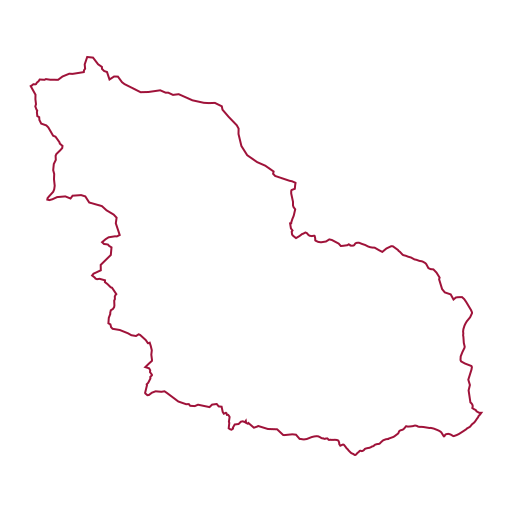 outline of Almasu Mare, Alba, Romania
{"feature_id": "2599482B35416338198834", "entity_name": "Almasu Mare", "entity_type": "district", "adm_level": 2, "iso_a3": "ROU", "parent_name": "Romania", "parent_adm1": "Alba", "projection": "equal_earth", "projection_center": [23.16, 46.088], "detail": "fine", "context": "isolated", "style": "outline", "palette": "rose", "viewbox_px": 512, "rotation_deg": 0, "n_neighbors": 0, "source": "geoboundaries", "source_scale": "gbopen_adm2", "svg_char_len": 6016}
<svg xmlns="http://www.w3.org/2000/svg" viewBox="0 0 512 512"><path d="M140.6,92.2L124.5,84.1L122.0,82.2L117.9,76.6L114.1,76.5L109.5,79.5L107.0,72.0L104.1,71.0L102.0,68.9L101.9,66.9L98.1,64.3L93.0,57.6L87.2,57.0L84.7,64.4L85.1,68.7L84.0,70.3L83.8,72.1L72.5,73.9L69.3,73.7L62.5,76.5L58.1,79.8L50.0,79.7L45.9,79.1L44.5,79.8L39.7,79.5L38.5,81.3L36.9,82.6L36.0,84.1L35.1,84.4L33.4,84.2L31.9,85.4L30.7,86.1L35.5,94.7L35.4,99.2L36.0,104.2L35.3,106.4L36.5,109.6L37.2,110.5L36.9,112.2L37.3,116.1L39.2,117.2L39.4,120.0L41.2,123.6L46.3,125.4L48.3,127.4L53.1,135.7L55.5,136.7L59.5,142.3L59.8,143.6L62.5,145.9L62.2,148.1L60.2,150.3L56.4,154.0L55.6,155.8L55.8,159.9L53.8,164.0L53.2,170.2L54.2,174.0L54.0,179.3L54.7,185.8L54.2,189.3L53.2,191.8L49.1,196.3L47.6,198.1L47.3,199.6L49.4,200.1L52.3,199.3L57.1,197.1L65.3,196.4L70.5,198.5L72.6,195.7L81.1,195.1L85.3,196.4L89.2,202.5L101.9,206.1L106.5,210.3L113.7,214.6L116.6,217.7L115.8,223.3L119.7,235.0L116.9,236.4L115.0,236.3L108.6,237.3L105.6,239.2L102.1,242.2L104.0,244.0L106.6,244.3L108.0,244.6L109.1,245.9L111.5,247.4L110.8,255.0L100.7,264.9L100.8,270.3L93.5,273.7L92.1,275.5L94.8,277.6L95.5,278.6L97.1,279.2L99.5,278.8L105.0,280.3L104.9,282.1L107.5,284.1L110.7,287.3L112.0,287.7L116.3,294.1L115.7,294.7L114.8,296.4L114.9,299.1L114.2,300.6L114.4,305.5L114.1,307.2L112.9,309.0L110.8,310.3L110.2,312.9L110.3,313.9L108.8,317.8L108.4,323.3L110.4,324.4L111.1,327.2L112.6,328.8L119.8,330.0L128.0,333.3L131.3,335.2L136.0,336.0L138.7,334.3L140.2,335.0L145.8,340.1L147.9,343.2L148.6,343.2L149.7,342.7L150.8,346.1L151.8,350.3L151.3,354.7L152.0,360.0L151.9,360.9L149.0,363.5L145.3,367.1L149.1,368.3L150.2,370.3L150.0,372.1L151.9,374.7L151.9,375.3L150.3,376.9L150.4,378.5L148.2,382.8L146.7,384.3L147.0,385.1L145.1,392.9L145.4,393.5L147.4,395.2L148.9,395.0L151.9,392.7L155.6,391.3L161.4,391.8L164.5,391.3L167.0,393.0L178.3,401.5L186.1,404.2L188.8,404.1L190.2,405.8L194.8,406.1L198.0,404.7L209.5,407.1L212.1,404.6L216.7,404.0L218.7,406.4L221.6,406.7L222.7,411.9L223.8,413.7L225.9,412.8L226.5,413.3L226.9,414.9L228.2,414.9L228.9,415.8L229.6,417.0L228.9,421.8L229.3,422.9L228.7,428.3L230.2,429.3L231.5,429.7L233.0,428.6L232.9,427.7L234.7,424.5L238.6,424.0L240.9,421.7L242.8,421.3L244.9,422.2L245.8,420.9L246.1,422.9L247.8,423.7L248.4,423.0L253.9,427.7L257.4,426.5L258.2,426.0L267.9,429.0L277.1,429.3L283.2,435.0L284.3,435.1L292.4,434.3L296.0,434.7L299.6,438.9L300.9,439.0L303.2,439.4L304.2,439.4L306.8,439.0L311.6,437.1L313.6,436.6L314.6,436.4L316.5,436.2L318.1,436.3L319.7,437.0L321.5,438.1L322.5,438.4L323.1,438.3L324.2,438.8L324.9,438.9L325.4,438.6L327.3,438.4L327.8,438.8L328.6,439.8L329.7,439.9L330.3,439.7L331.0,439.9L332.6,439.9L334.9,439.8L336.2,439.9L337.6,440.2L338.3,440.6L338.6,441.2L339.1,442.4L339.3,444.2L340.3,445.7L341.2,445.3L342.7,444.6L343.5,444.6L344.0,444.9L345.6,446.9L346.6,448.3L347.8,449.4L348.5,450.4L351.0,452.9L352.5,453.7L353.4,454.0L354.5,454.9L355.0,455.0L355.5,454.9L356.1,454.5L357.5,452.9L358.6,452.1L359.7,450.9L360.3,450.7L361.6,451.1L362.3,451.0L362.8,450.8L363.8,450.2L364.9,448.9L365.6,448.6L367.5,448.1L369.4,447.8L371.1,447.1L371.7,446.6L373.2,446.2L373.6,446.0L374.5,445.1L375.1,444.7L377.0,444.1L379.0,443.9L379.6,443.6L379.9,443.4L380.9,442.3L382.9,440.5L383.7,440.1L386.1,439.2L388.3,439.0L388.4,438.7L393.2,437.0L394.3,436.4L398.0,433.6L398.4,433.1L399.0,431.6L399.4,431.0L399.8,430.7L400.6,430.3L402.7,429.7L403.9,428.8L406.1,426.2L407.9,426.6L410.7,426.4L413.0,426.1L414.6,425.6L415.7,425.6L417.1,426.0L417.6,426.4L418.5,426.7L419.8,426.9L422.0,426.9L423.4,427.0L429.5,428.0L430.7,427.9L431.7,428.1L433.8,428.6L437.6,430.1L439.1,430.8L440.4,431.6L440.9,432.0L441.4,432.5L443.5,435.9L444.0,436.4L444.4,436.2L445.2,434.8L446.1,434.2L447.8,433.9L448.7,433.9L450.6,434.5L453.3,436.1L454.1,436.0L456.6,435.1L458.9,434.0L463.3,431.2L466.3,429.2L466.9,428.5L469.8,426.9L470.4,426.3L471.0,425.5L472.1,424.2L473.9,422.8L475.0,421.6L477.3,418.2L477.7,417.8L478.2,417.0L478.4,416.3L479.0,415.6L480.0,414.6L481.3,412.8L479.2,412.8L476.5,411.3L475.8,410.1L473.7,409.0L472.3,408.0L472.6,406.9L472.7,406.3L472.6,405.4L472.2,404.4L471.5,403.4L470.4,402.4L468.6,390.4L469.9,385.0L468.3,379.7L471.5,369.5L471.9,367.1L471.4,366.0L464.9,363.5L461.1,361.4L460.5,360.0L460.7,356.4L462.4,352.1L464.5,347.8L464.7,346.7L463.8,342.9L463.4,336.9L463.1,335.2L463.3,333.5L463.1,331.5L463.4,329.1L464.5,325.6L465.5,323.5L466.8,321.3L470.1,317.3L472.0,313.2L472.0,312.4L471.1,310.2L466.2,302.0L464.2,299.1L462.0,297.1L457.9,297.2L455.9,297.5L453.5,299.5L450.7,294.4L444.8,292.4L442.1,289.1L439.1,279.3L439.6,277.6L436.5,272.6L433.4,269.4L430.5,269.1L428.4,268.1L426.2,264.0L425.3,263.1L423.3,261.9L421.9,261.3L419.4,260.9L416.4,259.8L414.4,259.4L411.0,257.5L408.1,256.7L405.9,255.8L403.2,255.1L402.4,254.5L399.9,251.8L398.6,250.9L398.0,250.0L392.9,246.3L391.2,246.2L386.4,248.5L382.3,251.9L379.2,250.3L374.7,247.7L373.9,247.6L372.6,247.6L370.2,247.2L368.1,246.5L365.2,245.0L361.9,243.9L359.2,242.8L358.3,242.7L356.4,242.9L355.3,243.5L354.2,245.1L353.6,245.5L352.1,245.7L350.4,245.6L350.0,245.0L349.6,244.9L348.8,244.3L347.4,245.2L343.1,245.8L340.8,246.0L338.7,243.6L331.9,240.0L329.3,239.4L326.0,241.5L321.0,242.3L318.2,241.9L315.6,240.7L315.5,240.3L315.2,240.1L315.2,238.4L314.8,236.5L314.6,235.9L314.2,235.7L311.7,236.1L309.5,235.7L308.4,234.9L307.8,234.3L307.4,233.7L306.8,233.1L305.4,232.5L303.0,233.8L302.3,233.9L299.4,236.1L296.0,238.1L293.1,235.8L292.1,234.6L291.7,231.7L292.5,230.5L291.2,228.8L290.9,228.2L290.1,223.4L291.2,223.3L291.3,222.3L292.4,218.9L293.5,216.3L293.9,215.0L295.2,209.3L293.6,207.2L293.0,205.5L293.0,201.8L291.2,193.5L291.2,191.0L291.6,190.0L294.8,188.8L295.2,184.8L295.5,183.3L295.5,182.8L292.1,181.3L289.6,180.8L275.2,176.0L273.1,173.8L273.6,171.5L265.3,165.7L257.1,162.1L247.2,155.2L241.4,146.0L238.5,134.0L238.6,128.6L236.8,125.3L228.6,116.8L222.5,109.7L221.8,106.3L214.9,102.9L208.9,103.1L203.8,102.8L192.4,100.3L178.7,94.2L173.0,94.9L168.3,92.7L165.7,92.7L160.2,90.3L148.4,92.0L140.6,92.2Z" fill="none" stroke="#9f1239" stroke-width="2"/></svg>